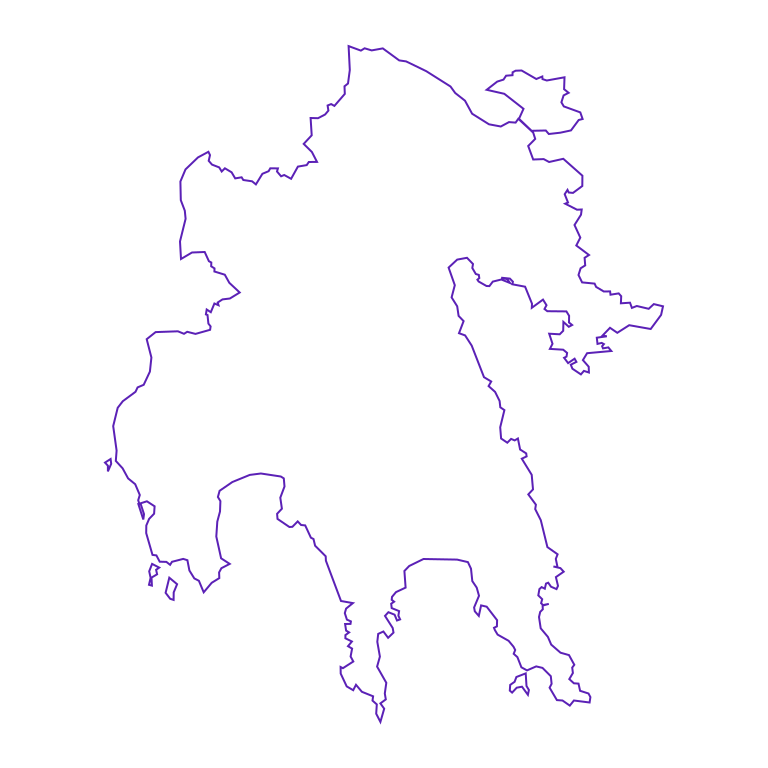 outline of Peloponnisoy, Peloponnisos, Greece
{"feature_id": "26713481B43531359458460", "entity_name": "Peloponnisoy", "entity_type": "district", "adm_level": 2, "iso_a3": "GRC", "parent_name": "Greece", "parent_adm1": "Peloponnisos", "projection": "equal_earth", "projection_center": [22.613, 37.264], "detail": "fine", "context": "isolated", "style": "outline", "palette": "violet", "viewbox_px": 768, "rotation_deg": 0, "n_neighbors": 0, "source": "geoboundaries", "source_scale": "gbopen_adm2", "svg_char_len": 6101}
<svg xmlns="http://www.w3.org/2000/svg" viewBox="0 0 768 768"><path d="M146.7,339.2L151.4,357.5L149.9,371.6L143.7,384.8L137.6,387.4L135.5,391.8L122.8,401.2L117.7,407.8L113.2,426.1L116.6,450.6L115.8,460.9L122.6,468.3L128.1,478.4L135.2,484.2L139.8,495.0L138.2,500.2L139.3,503.7L146.9,501.3L154.6,506.3L154.1,513.7L149.1,518.9L146.3,525.5L146.2,533.1L152.5,554.9L156.4,555.4L159.7,561.7L166.4,561.9L170.1,564.8L172.0,561.8L183.2,558.9L187.4,560.2L189.4,570.5L194.3,578.4L198.9,580.8L203.7,592.3L211.7,582.8L219.3,578.1L219.1,572.4L221.4,568.2L229.7,563.9L221.1,558.3L216.3,536.5L217.3,521.6L220.0,511.5L220.4,501.1L217.9,497.0L219.6,490.8L232.4,482.0L249.8,474.9L260.9,473.5L280.8,476.5L283.8,478.4L284.5,486.5L280.3,497.7L281.9,508.7L277.1,513.8L277.5,518.9L289.4,527.0L292.4,526.8L297.7,521.4L301.1,525.0L305.2,525.4L310.9,537.7L313.5,539.0L315.1,545.7L325.7,556.3L325.9,560.7L341.0,601.0L352.9,603.1L346.1,608.6L344.8,613.1L346.9,619.6L350.9,621.4L350.5,623.9L345.1,624.0L346.1,630.6L349.1,632.4L345.4,635.1L345.4,638.3L351.9,641.5L348.0,646.2L352.1,648.6L350.6,656.5L353.3,661.5L342.9,668.2L340.6,667.0L340.7,673.6L346.7,686.4L353.2,690.2L356.0,684.8L361.9,691.8L373.1,696.3L372.5,700.6L376.8,704.4L376.2,713.7L380.4,721.9L384.2,708.7L380.4,703.4L385.8,699.4L384.8,693.5L386.3,682.8L377.1,666.6L379.9,656.6L377.3,641.8L378.2,633.9L383.4,631.5L388.1,637.8L393.5,632.6L392.7,628.0L385.0,615.9L388.4,612.2L394.6,614.7L397.0,620.5L400.1,619.4L398.4,615.7L399.1,611.1L391.7,608.1L391.2,603.7L394.1,601.7L391.7,599.8L392.0,596.9L396.0,592.1L405.6,587.6L404.4,571.0L409.2,566.0L423.5,559.0L457.1,559.6L467.9,562.1L471.0,568.7L472.3,581.1L476.7,587.6L479.0,595.8L474.1,607.5L474.8,611.3L478.8,615.9L481.1,605.4L486.7,606.7L497.1,620.2L496.9,626.4L494.0,627.8L494.9,630.1L497.6,634.6L508.6,640.8L513.5,646.7L515.2,650.0L513.7,653.8L517.4,657.1L521.4,667.3L527.0,670.4L536.2,666.4L542.5,667.9L550.8,676.2L551.6,683.8L549.6,687.7L556.9,700.1L562.5,700.5L569.8,705.6L573.9,700.5L589.6,702.5L590.4,697.1L588.5,693.5L580.1,690.8L578.5,683.6L573.9,683.3L569.3,679.1L572.9,673.0L572.2,667.6L574.3,664.8L569.0,655.1L560.5,652.7L551.2,644.6L547.9,636.9L540.7,628.3L539.0,617.0L540.2,611.9L542.8,609.3L542.6,605.6L548.8,603.9L543.0,605.1L541.1,603.2L542.2,599.2L538.3,595.4L539.4,589.1L541.6,587.1L544.8,588.7L546.0,583.6L548.2,582.7L551.0,586.7L556.5,589.1L558.0,585.9L555.9,577.1L563.7,571.7L560.4,568.1L553.4,566.5L557.5,567.1L555.8,558.9L557.6,554.3L547.4,547.1L540.8,520.2L535.2,509.1L535.9,504.7L528.3,494.4L533.0,489.4L531.7,474.8L521.8,458.7L526.6,456.4L526.2,453.4L520.1,449.5L517.9,438.5L514.7,440.4L511.1,438.9L507.3,442.7L501.1,438.5L500.2,427.3L504.4,410.1L500.3,407.3L499.6,401.0L495.1,391.9L488.6,386.1L491.2,381.5L484.0,377.2L471.7,345.6L465.1,335.4L459.0,333.2L463.6,321.1L458.6,315.9L457.2,306.3L451.6,297.4L454.8,285.2L448.6,267.6L457.2,259.6L467.0,257.8L473.0,264.0L472.3,268.0L475.8,274.0L478.8,274.9L479.3,278.1L477.4,279.7L478.6,281.5L486.5,286.0L489.4,286.1L492.8,281.6L501.3,279.5L510.0,283.0L507.3,279.2L501.2,277.7L509.9,278.6L512.9,281.7L512.4,284.3L525.1,286.7L532.0,303.7L531.8,307.8L543.0,299.6L546.5,305.2L544.5,309.0L547.3,311.2L566.4,311.4L569.1,315.8L569.0,322.5L572.1,325.0L568.8,326.8L563.4,321.9L563.2,330.8L559.7,334.3L549.2,333.7L552.5,343.8L549.9,348.9L563.2,349.7L567.1,352.9L566.5,356.6L564.1,357.8L568.1,363.1L574.6,358.7L576.4,361.9L570.8,364.7L572.4,368.7L580.9,374.4L583.9,370.9L588.9,372.5L588.7,366.7L582.9,360.1L587.1,353.2L611.3,351.0L608.3,347.4L603.0,348.4L602.1,346.2L603.9,344.1L601.7,342.9L597.5,343.9L596.8,337.7L606.8,336.3L602.6,335.5L610.0,327.8L617.3,332.8L629.2,325.2L650.7,329.0L661.1,314.9L663.0,306.3L653.8,304.1L648.7,308.8L636.8,306.0L631.9,307.9L630.0,302.7L620.9,303.3L621.2,296.2L618.7,293.4L610.5,294.7L610.1,291.4L603.8,291.5L596.1,286.9L594.6,283.6L582.1,282.4L578.5,275.0L580.6,268.3L585.2,265.4L584.6,257.8L589.0,255.0L576.3,245.5L580.3,237.6L574.5,225.0L581.0,214.7L581.7,209.5L577.0,209.7L565.2,203.7L568.0,202.5L564.7,194.2L567.5,189.9L568.7,192.5L573.0,192.9L582.3,186.0L582.4,175.7L563.3,158.8L549.1,162.0L543.7,159.1L533.2,159.5L528.2,146.0L535.2,138.9L533.2,132.6L518.3,118.8L515.6,122.6L509.0,122.1L500.8,126.5L489.0,124.3L472.1,113.7L465.0,100.7L455.2,93.0L450.5,86.5L426.3,71.2L406.1,61.4L399.2,60.4L382.8,48.4L371.7,50.4L364.6,48.3L360.9,50.6L348.6,46.1L349.8,70.0L348.0,83.5L344.5,86.3L344.8,93.9L334.4,105.9L331.1,104.1L327.6,105.5L328.4,110.6L325.1,114.5L318.0,118.2L310.6,118.0L311.7,135.3L303.7,143.9L311.9,152.0L317.0,161.9L308.8,162.0L306.7,165.1L297.9,166.6L291.1,178.8L284.2,175.0L281.1,176.3L277.0,171.5L277.9,168.4L270.3,168.3L268.6,171.2L262.4,173.8L255.9,184.4L252.1,181.3L243.3,180.0L241.6,177.3L235.2,178.4L231.6,172.3L224.9,168.3L221.7,171.5L219.2,167.4L212.0,164.6L208.7,160.8L210.0,155.1L208.4,151.8L198.0,157.4L185.5,169.4L180.4,181.5L180.8,200.2L184.8,210.7L185.6,218.8L180.0,241.4L181.0,259.0L192.0,252.5L204.7,252.0L208.9,261.2L211.3,262.5L211.2,266.3L214.5,268.4L214.4,271.5L224.8,274.7L229.3,282.8L239.7,292.5L229.9,298.5L222.5,299.4L217.7,302.5L218.5,305.2L214.4,303.5L210.8,312.2L206.7,309.5L205.9,314.4L207.5,315.0L208.4,323.6L210.6,326.4L210.1,329.8L195.5,333.9L187.2,331.8L184.0,333.8L177.9,331.3L155.6,332.1L146.7,339.2ZM564.5,77.3L546.8,80.5L542.5,79.1L542.3,76.5L536.3,79.0L521.6,70.5L515.6,70.7L512.6,72.3L512.5,75.2L506.1,75.7L503.5,79.6L497.2,81.6L486.7,89.8L504.3,93.8L523.5,108.8L519.0,118.8L531.6,130.8L545.8,130.5L548.8,134.0L560.3,132.7L571.0,130.4L578.7,120.0L582.6,119.0L580.3,112.4L563.8,106.4L561.4,102.3L563.6,95.4L568.6,92.8L564.1,89.2L564.5,77.3ZM526.5,686.0L525.7,673.4L516.4,677.0L514.6,681.8L510.2,684.9L509.8,690.6L512.1,692.6L516.7,687.7L522.0,686.7L527.9,694.8L528.9,690.0L526.5,686.0ZM173.6,599.9L173.7,592.4L177.1,584.2L169.3,577.7L165.6,592.8L170.2,598.8L173.6,599.9ZM159.2,567.6L152.1,563.9L149.2,571.3L150.6,577.8L149.0,584.8L151.9,585.6L151.5,577.6L157.1,574.3L156.1,569.8L159.2,567.6ZM111.2,463.8L110.6,459.0L105.0,462.6L107.9,465.7L107.9,471.4L111.2,463.8ZM143.3,519.5L144.0,514.1L140.8,504.3L138.4,504.2L143.3,519.5Z" fill="none" stroke="#5b21b6" stroke-width="2"/></svg>